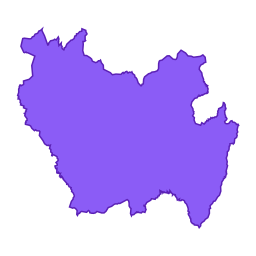 the district of San Cristóbal de la Barranca, Jalisco, Mexico, rotated 181°
{"feature_id": "50627088B30385640574129", "entity_name": "San Cristóbal de la Barranca", "entity_type": "district", "adm_level": 2, "iso_a3": "MEX", "parent_name": "Mexico", "parent_adm1": "Jalisco", "projection": "equal_earth", "projection_center": [-103.519, 21.046], "detail": "fine", "context": "isolated", "style": "filled", "palette": "violet", "viewbox_px": 256, "rotation_deg": 181, "n_neighbors": 0, "source": "geoboundaries", "source_scale": "gbopen_adm2", "svg_char_len": 5747}
<svg xmlns="http://www.w3.org/2000/svg" viewBox="0 0 256 256"><g transform="rotate(181 128 128)"><path d="M230.6,129.9L226.6,129.0L225.4,128.3L224.2,126.1L221.5,123.7L220.3,124.6L219.3,123.7L216.5,123.5L216.0,122.7L216.5,119.0L212.7,113.8L211.1,110.8L208.6,109.1L207.2,109.4L206.7,108.9L205.3,109.5L206.1,106.0L204.8,105.2L204.8,102.7L203.3,101.5L203.8,99.1L203.1,98.9L202.4,99.9L201.7,99.8L198.5,98.2L198.2,96.3L197.4,95.8L197.3,94.2L199.4,92.2L198.1,90.7L198.1,89.6L200.4,88.7L199.8,86.7L199.2,86.0L198.4,86.4L198.4,82.0L197.9,81.6L196.8,82.5L196.5,81.5L195.6,81.7L195.2,80.8L194.9,81.0L195.6,78.9L194.9,78.7L195.0,78.2L194.5,78.4L194.4,77.8L193.9,78.4L193.7,77.9L193.4,78.5L192.3,77.0L192.2,76.1L191.7,76.0L191.5,75.2L188.5,72.0L188.3,70.7L187.3,71.0L185.9,68.3L183.8,67.4L184.2,66.3L183.1,64.9L183.3,63.6L181.7,62.1L180.6,59.7L180.6,58.6L181.7,57.0L181.6,56.0L183.3,53.7L185.1,48.0L181.9,46.9L180.5,47.4L179.0,46.5L177.4,44.6L177.7,40.7L177.0,39.7L176.3,41.3L175.5,42.0L175.0,41.8L174.0,43.2L173.0,43.8L167.9,43.0L166.1,44.8L165.0,44.0L164.7,42.6L163.1,42.2L160.9,42.1L159.1,42.6L157.6,44.0L152.7,42.6L150.4,42.7L148.5,44.4L146.4,48.1L143.0,49.4L140.4,51.5L138.8,52.0L137.4,51.8L136.3,52.5L134.8,52.4L127.6,56.4L126.2,55.3L125.6,53.2L125.5,50.0L124.3,48.1L123.6,47.6L124.0,42.5L123.0,40.2L122.5,41.2L120.7,41.5L118.0,44.1L117.6,43.5L116.6,44.3L116.3,43.8L113.2,43.3L111.9,44.6L109.6,43.9L108.5,47.0L109.1,47.8L109.2,49.6L110.5,50.1L110.7,50.9L109.5,51.0L107.9,53.9L104.0,56.2L103.3,57.7L99.6,57.2L99.2,58.3L97.2,58.9L97.0,60.3L95.6,60.8L95.5,61.8L94.5,62.5L95.0,66.1L93.6,65.4L92.8,63.4L92.2,64.7L91.4,64.0L90.9,64.8L89.8,63.9L88.5,64.3L87.8,63.6L87.4,63.8L87.5,65.1L86.4,63.8L86.3,62.6L85.9,64.2L85.2,63.9L85.0,66.1L83.3,63.7L82.3,63.0L82.3,61.8L81.7,62.6L80.3,61.8L80.0,62.3L79.5,62.0L79.3,60.4L78.1,59.2L77.4,56.8L75.3,58.0L75.6,56.4L73.7,56.3L72.8,57.2L70.9,56.6L70.1,55.7L69.8,54.5L68.1,52.9L66.8,49.8L66.3,47.9L66.6,45.9L65.4,45.2L65.1,44.2L66.2,43.8L66.1,42.5L64.7,40.3L64.3,38.9L63.8,38.7L63.4,35.4L61.9,33.6L60.5,33.2L60.0,32.2L56.3,31.9L55.1,29.6L53.6,31.5L53.7,33.0L52.5,34.7L50.0,36.5L49.3,37.9L46.6,39.8L45.1,44.1L45.3,48.5L44.1,49.0L44.6,51.7L42.3,54.0L41.2,56.1L39.5,56.6L37.2,60.6L35.4,62.4L34.1,66.5L34.4,71.1L33.4,73.2L33.3,75.6L31.6,78.2L31.6,79.3L30.7,79.4L29.7,80.6L30.3,81.1L29.5,81.4L28.9,83.7L28.5,83.9L29.1,85.0L28.7,85.7L29.2,86.4L27.8,92.2L28.6,93.4L28.2,96.0L29.2,99.7L28.2,102.7L28.3,105.9L27.2,106.9L26.6,108.5L26.5,111.6L25.8,112.0L25.8,114.0L22.9,114.5L22.5,113.8L21.5,114.9L21.1,119.1L19.3,120.4L18.7,122.5L19.3,124.2L18.2,125.9L18.9,127.9L18.1,132.0L17.6,132.7L17.1,131.8L18.0,133.7L19.7,133.4L20.1,134.4L21.6,135.5L23.4,135.7L24.2,137.1L25.5,136.7L27.1,134.5L28.3,134.0L30.0,134.0L31.1,134.8L31.5,136.2L30.0,137.5L29.2,138.9L30.0,140.4L30.6,140.4L30.8,142.5L31.3,143.1L31.7,147.0L30.7,148.0L30.9,149.2L30.5,149.3L31.5,152.1L31.1,152.6L32.3,154.8L33.1,155.1L33.5,152.2L34.6,150.4L37.7,148.9L37.9,147.4L38.6,146.4L38.3,145.0L38.8,144.1L38.7,142.2L40.0,140.6L41.3,140.6L42.0,139.8L43.4,140.0L44.1,139.2L45.3,139.9L46.0,138.2L47.9,138.3L47.6,137.1L47.9,136.6L49.4,136.9L49.6,135.8L50.8,135.2L51.2,134.0L52.0,133.3L54.3,134.6L55.4,132.0L60.5,133.6L61.1,134.7L62.1,137.2L61.8,139.5L63.6,141.3L62.4,143.5L62.7,144.6L62.4,145.5L63.2,146.2L63.4,148.3L65.4,151.6L64.6,155.2L61.8,158.8L59.4,159.4L58.5,161.0L57.4,161.1L57.4,161.9L56.3,161.3L54.5,162.5L54.0,162.1L51.8,163.6L50.1,163.9L49.5,164.9L49.0,164.4L48.5,165.4L49.0,166.1L48.6,168.6L49.0,169.0L49.4,171.3L49.1,171.8L49.7,172.0L50.4,171.4L50.5,172.6L51.4,172.7L51.4,173.8L52.7,174.9L52.5,175.6L53.3,175.9L53.3,178.0L54.7,181.5L55.2,184.4L57.8,187.9L57.5,190.3L56.1,192.4L53.9,193.5L53.0,194.6L51.4,195.1L52.1,200.1L54.4,202.4L56.9,200.9L63.6,199.9L66.0,200.9L69.3,201.1L71.7,204.0L76.3,206.7L79.7,202.8L80.0,199.7L80.9,197.7L81.7,197.3L84.1,197.6L87.9,200.9L90.1,200.8L95.1,196.5L97.4,195.9L98.0,195.2L98.5,192.9L98.5,187.8L99.6,185.8L102.2,184.7L105.1,184.3L106.4,183.2L108.4,182.6L112.3,179.4L113.2,177.1L113.5,172.4L114.7,172.0L115.2,170.6L115.8,170.4L118.5,173.1L120.0,177.2L121.0,178.6L121.9,179.0L122.3,181.0L124.3,182.5L125.1,184.2L125.6,183.6L127.6,183.9L129.0,183.0L130.2,184.6L131.5,184.1L133.1,182.5L133.8,183.5L134.3,183.3L136.0,181.5L141.0,181.7L144.6,181.0L146.6,183.0L153.5,186.3L153.8,190.4L155.7,192.7L156.7,195.4L157.4,194.7L158.7,194.7L160.0,193.4L161.5,192.8L164.8,194.2L165.6,196.3L167.2,197.7L170.6,199.7L173.1,199.8L174.6,204.5L174.2,210.9L174.5,213.7L172.9,213.8L171.9,214.7L172.4,215.3L172.5,219.3L170.8,220.9L170.7,221.7L171.7,223.3L171.9,224.9L175.8,226.4L175.9,224.0L178.0,223.5L179.8,221.4L181.1,221.3L181.3,219.5L182.8,219.0L183.4,216.5L185.4,215.0L186.4,214.9L190.6,210.8L191.9,207.6L193.2,207.0L193.1,205.9L193.5,205.0L195.1,206.2L195.5,207.5L195.3,208.4L196.3,209.6L196.2,211.9L198.5,209.2L199.1,212.6L198.8,212.9L199.1,213.2L198.6,215.8L199.3,217.8L201.3,214.8L202.9,215.5L203.9,214.6L207.0,213.8L208.8,211.4L209.0,209.8L209.7,209.6L213.1,218.7L215.5,223.4L215.8,224.6L215.5,225.6L217.2,224.0L218.8,223.4L220.0,221.1L222.5,220.2L223.7,218.0L225.2,217.5L226.2,215.8L227.8,215.4L233.3,216.0L234.8,215.6L236.5,207.8L233.5,201.8L232.6,201.5L231.3,202.2L230.6,201.5L229.5,201.5L222.4,198.3L225.3,188.8L224.2,178.4L227.6,175.0L233.3,173.2L233.1,170.0L233.8,169.3L235.6,168.4L236.0,169.1L236.8,169.1L237.5,167.3L237.4,166.1L238.0,165.1L237.9,161.7L238.9,158.5L237.8,157.9L238.3,156.4L237.8,156.1L238.4,155.2L237.2,155.0L236.1,153.7L236.3,151.6L235.4,150.4L235.8,149.2L232.5,148.2L232.8,146.4L229.6,145.1L230.2,143.9L230.0,143.2L230.7,143.0L230.8,141.2L231.9,140.8L231.1,139.8L231.4,138.5L229.1,135.5L229.1,133.8L230.0,133.4L230.3,132.5L230.1,131.9L230.7,131.4L230.6,129.9Z" fill="#8b5cf6" stroke="#5b21b6" stroke-width="1.5"/></g></svg>